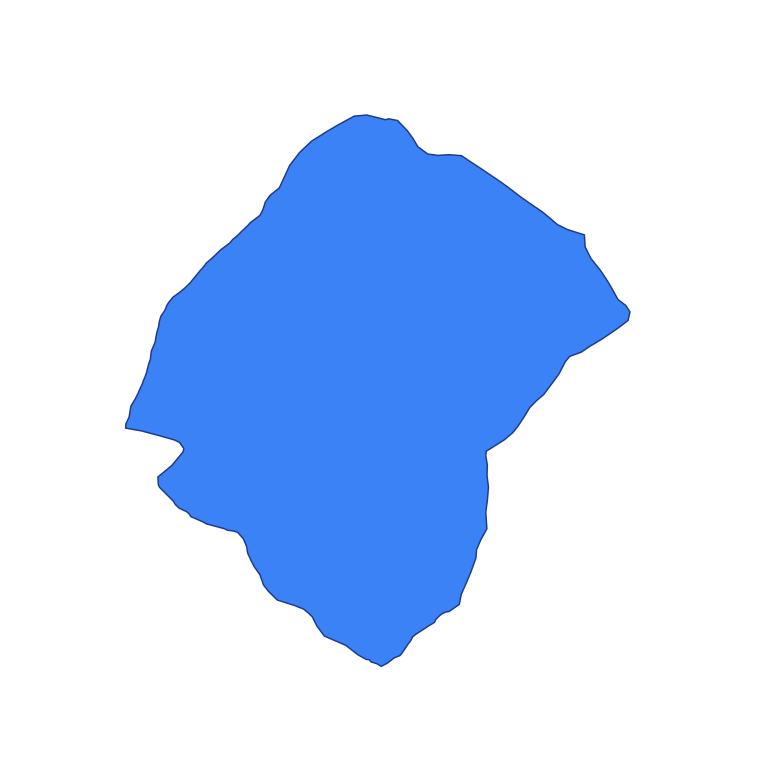 outline of Toetsho, Tashi Yangtse, Bhutan, rotated 66°
{"feature_id": "84629894B2316298414360", "entity_name": "Toetsho", "entity_type": "district", "adm_level": 2, "iso_a3": "BTN", "parent_name": "Bhutan", "parent_adm1": "Tashi Yangtse", "projection": "orthographic", "projection_center": [91.605, 27.504], "detail": "fine", "context": "isolated", "style": "filled", "palette": "blue", "viewbox_px": 768, "rotation_deg": 66, "n_neighbors": 0, "source": "geoboundaries", "source_scale": "gbopen_adm2", "svg_char_len": 2402}
<svg xmlns="http://www.w3.org/2000/svg" viewBox="0 0 768 768"><g transform="rotate(66 384 384)"><path d="M319.2,638.0L328.3,624.5L336.3,614.6L344.9,604.1L349.8,598.3L351.6,596.7L354.2,594.6L361.4,593.1L364.3,595.1L372.3,611.4L376.3,625.9L377.0,628.4L384.2,631.1L387.1,631.1L405.4,624.1L409.3,623.6L414.2,621.6L420.0,616.5L422.9,615.0L426.7,614.3L436.5,605.3L439.6,603.1L451.4,588.5L453.8,586.6L457.5,580.7L460.1,578.0L468.3,575.4L477.0,575.6L482.8,577.3L490.6,577.3L498.3,576.8L507.8,574.9L518.6,575.8L526.4,573.9L538.0,569.3L549.4,556.4L556.9,549.0L562.7,546.1L567.5,544.2L578.1,543.7L590.0,541.0L607.2,525.2L620.7,518.0L628.5,512.1L629.9,509.6L632.6,508.9L636.7,504.2L640.8,501.4L640.4,494.6L638.3,486.0L638.6,480.0L637.3,477.2L633.8,471.6L631.6,468.2L629.4,464.1L628.2,462.5L626.8,461.1L626.0,458.6L625.4,455.9L623.8,445.5L623.0,440.9L622.7,437.7L622.2,434.7L620.1,432.4L619.1,429.7L617.6,425.4L617.4,420.4L618.3,417.1L617.1,410.7L615.9,404.8L607.6,399.0L600.0,390.6L591.4,381.4L580.5,370.9L572.8,366.7L565.6,358.8L558.1,348.9L542.3,343.1L532.7,337.1L520.9,330.6L509.5,327.1L499.9,322.5L491.0,320.2L487.0,317.9L483.9,296.6L480.8,286.1L477.1,278.9L471.1,269.5L464.8,260.4L461.3,251.6L458.5,242.2L453.2,232.8L446.0,220.1L437.4,209.3L434.3,203.2L435.1,190.6L433.3,180.9L431.5,166.0L429.7,156.0L428.2,147.9L425.2,135.2L418.2,130.0L410.6,131.2L402.0,135.9L388.9,137.0L379.2,138.2L368.1,140.1L353.4,144.0L340.6,144.5L329.3,140.3L317.6,153.5L308.7,160.9L298.9,165.5L291.1,169.4L277.7,177.7L266.7,184.2L255.9,190.0L247.8,194.7L236.5,201.7L223.7,209.7L216.5,214.4L206.9,220.4L200.9,231.5L197.1,241.8L191.7,250.5L181.0,256.6L171.3,257.7L161.9,259.7L148.8,264.5L143.7,271.7L143.2,275.1L131.3,290.3L127.2,302.2L128.7,321.5L130.3,335.2L132.7,351.5L138.2,367.0L145.9,381.2L162.3,399.9L165.3,411.3L169.5,418.4L175.6,423.8L179.5,428.7L182.2,440.5L183.9,444.1L186.8,452.3L189.2,458.7L190.3,463.1L192.6,467.9L194.1,474.8L195.0,478.7L197.4,485.0L200.1,493.2L201.2,497.1L203.7,501.2L205.0,504.5L209.6,513.8L212.9,520.2L215.7,528.1L216.8,532.2L217.5,534.9L218.7,541.0L221.9,547.5L224.2,550.8L226.0,552.5L228.0,554.8L231.3,560.2L235.2,563.6L240.1,566.7L245.1,571.0L252.7,576.1L259.4,583.2L266.8,587.7L269.8,590.7L276.7,596.1L280.2,599.3L282.8,602.1L286.0,605.2L289.7,609.5L292.5,612.5L296.2,617.0L298.2,619.8L301.4,624.3L310.4,630.2L315.5,636.0L319.2,638.0Z" fill="#3b82f6" stroke="#1e3a8a" stroke-width="1.5"/></g></svg>